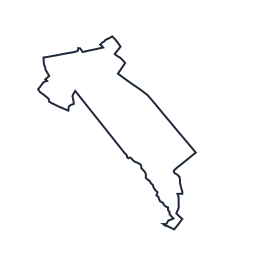 Nakuru Town East, Rift Valley, Kenya (Albers equal-area conic projection), rotated 321°
{"feature_id": "3690345B82942155746957", "entity_name": "Nakuru Town East", "entity_type": "district", "adm_level": 2, "iso_a3": "KEN", "parent_name": "Kenya", "parent_adm1": "Rift Valley", "projection": "albers", "projection_center": [36.106, -0.379], "detail": "fine", "context": "isolated", "style": "outline", "palette": "slate", "viewbox_px": 256, "rotation_deg": 321, "n_neighbors": 0, "source": "geoboundaries", "source_scale": "gbopen_adm2", "svg_char_len": 2211}
<svg xmlns="http://www.w3.org/2000/svg" viewBox="0 0 256 256"><g transform="rotate(321 128 128)"><path d="M106.7,20.1L105.0,22.3L102.8,25.7L101.9,28.4L100.5,31.2L100.0,34.7L99.6,37.9L97.1,38.1L94.4,38.1L94.7,40.5L91.7,39.3L88.8,39.8L84.8,40.9L82.5,41.3L82.2,44.4L83.1,47.8L83.8,50.7L84.7,55.4L83.3,57.8L84.3,60.6L87.9,68.2L90.5,73.1L92.5,76.9L93.3,76.2L94.0,75.6L95.6,74.0L97.6,74.1L98.3,74.2L99.2,74.5L101.1,75.2L102.3,73.3L102.8,72.3L103.2,71.6L104.4,69.2L104.9,68.4L105.5,67.9L107.3,67.0L110.3,66.0L109.6,145.5L109.8,146.6L109.9,148.3L108.9,150.3L109.2,151.7L110.4,151.7L111.4,153.2L111.5,155.7L111.9,158.1L113.1,160.2L113.5,161.0L113.7,161.7L114.7,163.6L114.6,165.0L113.7,167.0L113.0,167.8L113.3,169.5L113.4,171.1L113.4,172.3L113.1,174.5L112.1,176.1L110.5,177.9L110.7,180.2L111.4,182.0L111.4,183.8L111.0,185.5L111.5,187.9L111.0,188.9L110.6,189.9L110.3,191.7L110.1,192.4L110.1,193.1L110.4,195.5L110.5,196.5L109.1,197.5L107.7,198.1L107.8,199.0L108.3,200.3L107.9,201.7L107.4,202.5L106.8,205.3L107.2,206.1L108.1,208.1L107.7,210.0L107.6,211.3L108.1,213.2L109.1,214.9L108.4,215.7L107.4,217.3L107.4,219.6L106.1,221.0L106.1,221.7L106.1,222.6L106.2,224.7L106.2,225.8L106.4,226.8L104.4,226.5L102.1,225.6L101.2,225.3L99.6,225.9L98.2,226.4L97.1,226.7L94.9,224.8L95.4,227.1L96.9,229.1L99.0,233.6L100.1,235.9L106.9,234.4L112.9,232.9L112.2,228.3L111.8,224.8L117.2,221.9L124.0,213.3L125.0,210.3L128.8,213.3L130.1,211.8L131.0,209.6L131.3,208.7L131.7,207.9L132.5,206.2L133.4,204.4L133.7,203.6L134.1,203.0L135.3,201.6L135.7,201.1L136.3,200.1L137.3,198.3L137.1,197.0L136.9,195.0L135.9,192.9L136.3,190.4L137.5,189.8L142.5,189.7L151.8,189.8L162.4,189.7L165.2,189.8L165.1,182.0L164.9,173.5L164.7,164.6L164.6,155.9L164.5,147.5L164.3,138.6L164.3,129.5L164.1,120.5L163.9,114.7L161.7,105.6L158.9,96.5L156.5,87.8L154.4,79.4L166.7,75.7L166.5,70.6L166.1,68.6L166.0,67.9L165.1,65.9L164.2,62.1L173.4,60.1L173.7,56.2L173.8,51.1L173.4,46.9L171.0,46.6L166.0,45.4L164.4,45.8L161.7,45.4L158.8,45.7L159.3,47.9L159.3,49.8L155.3,47.8L148.4,44.3L140.6,40.4L140.9,36.0L139.5,34.6L138.7,35.5L137.3,36.5L133.7,35.0L127.5,31.5L122.0,28.5L118.5,26.7L115.3,24.9L112.3,23.3L109.7,21.8L106.7,20.1Z" fill="none" stroke="#1e293b" stroke-width="2"/></g></svg>